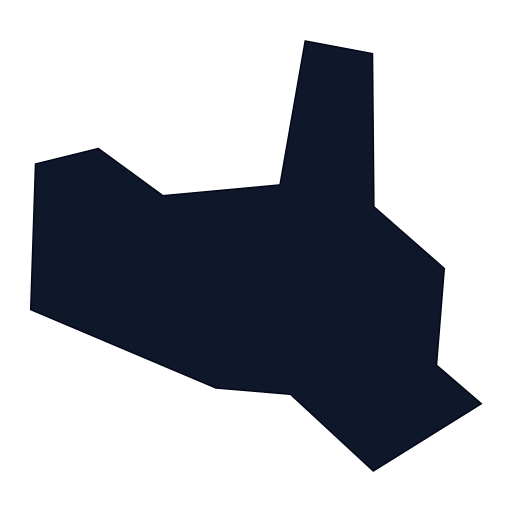 the district of Fergana city, Ferghana, Uzbekistan, rotated 180°
{"feature_id": "79887680B52321906088540", "entity_name": "Fergana city", "entity_type": "district", "adm_level": 2, "iso_a3": "UZB", "parent_name": "Uzbekistan", "parent_adm1": "Ferghana", "projection": "albers", "projection_center": [71.796, 40.393], "detail": "fine", "context": "isolated", "style": "filled", "palette": "ink", "viewbox_px": 512, "rotation_deg": 180, "n_neighbors": 0, "source": "geoboundaries", "source_scale": "gbopen_adm2", "svg_char_len": 347}
<svg xmlns="http://www.w3.org/2000/svg" viewBox="0 0 512 512"><g transform="rotate(180 256 256)"><path d="M481.3,202.4L296.1,124.0L221.5,117.7L138.7,41.0L30.7,108.3L75.5,146.8L67.7,243.5L138.1,305.2L139.5,458.3L206.8,471.0L232.0,327.1L349.1,316.3L413.7,363.5L476.5,348.0L481.3,202.4Z" fill="#0f172a" stroke="#020617" stroke-width="1.5"/></g></svg>